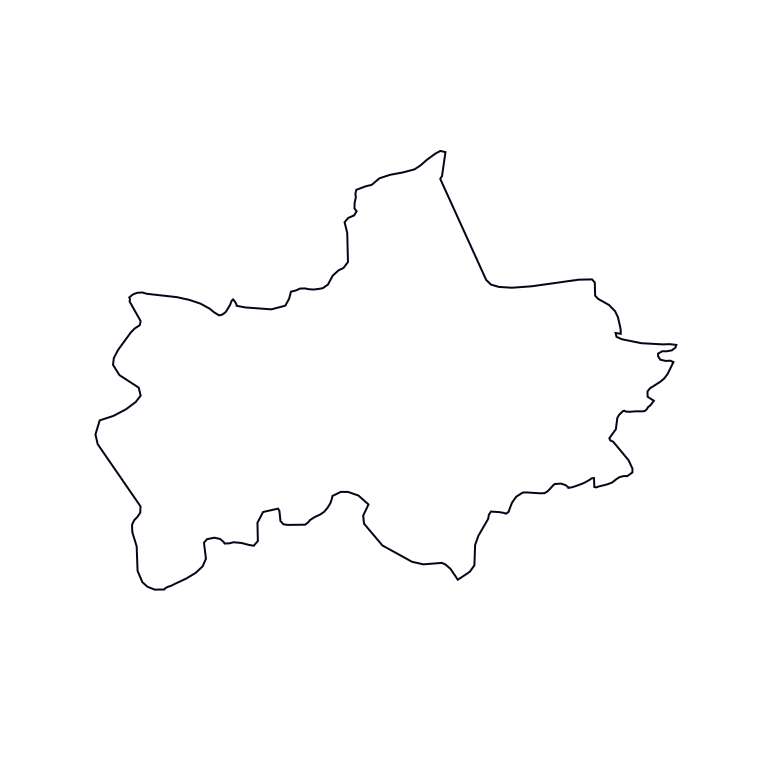 the border of Päijät-Häme, rotated 74°
{"feature_id": "FIN-3184", "entity_name": "Päijät-Häme", "entity_type": "Province", "adm_level": 1, "iso_a3": "FIN", "parent_name": "Finland", "parent_adm1": "", "projection": "albers", "projection_center": [25.782, 61.243], "detail": "fine", "context": "isolated", "style": "outline", "palette": "ink", "viewbox_px": 768, "rotation_deg": 74, "n_neighbors": 0, "source": "natural_earth", "source_scale": "10m", "svg_char_len": 3064}
<svg xmlns="http://www.w3.org/2000/svg" viewBox="0 0 768 768"><g transform="rotate(74 384 384)"><path d="M541.6,191.8L542.0,197.5L541.7,206.0L541.9,208.5L541.0,210.2L532.3,208.1L531.9,210.4L533.0,213.5L534.3,219.2L534.9,226.3L535.1,231.3L534.7,235.4L534.0,235.4L531.3,237.3L528.5,241.4L527.2,247.5L528.1,249.4L531.4,254.8L532.4,256.8L533.2,259.9L531.8,264.9L527.4,277.2L526.6,280.6L528.8,288.0L533.4,293.7L541.3,299.6L542.3,302.5L540.9,304.4L538.9,308.6L536.1,316.4L538.7,319.3L542.3,321.0L556.0,335.2L563.9,340.8L583.2,347.1L588.1,353.2L592.5,367.0L579.9,371.1L574.3,374.8L571.9,377.7L568.2,395.9L562.6,406.1L538.8,430.0L512.8,441.7L504.8,440.3L495.5,432.1L484.2,439.3L477.9,448.2L475.8,455.2L477.4,464.4L479.9,465.7L483.9,468.5L487.2,472.1L490.3,476.6L491.9,481.4L492.8,487.3L494.4,492.6L496.1,495.0L497.5,498.6L493.0,515.1L491.2,519.3L487.2,521.3L477.1,519.5L474.6,520.2L473.7,535.5L482.5,543.9L500.1,548.5L503.6,553.8L501.6,557.9L497.5,564.9L494.7,572.1L494.5,576.8L493.4,581.2L491.6,581.7L487.8,584.3L485.0,589.4L484.4,596.9L486.9,600.8L502.8,603.3L509.3,608.6L513.6,617.0L516.5,627.7L518.5,640.2L519.3,644.2L519.4,647.7L520.0,650.5L521.0,651.8L518.4,661.2L513.6,667.3L507.9,670.9L495.7,672.4L471.9,666.5L457.1,666.8L449.9,665.0L446.1,661.7L443.6,657.4L440.4,653.7L434.5,651.8L363.0,675.8L353.0,675.3L340.6,667.3L340.1,653.0L337.2,639.0L332.9,627.7L328.1,621.1L319.9,620.8L302.5,635.9L290.9,639.2L284.5,636.5L278.0,630.3L264.7,613.2L261.8,608.1L260.4,603.2L259.8,602.3L256.4,600.6L234.6,605.8L233.0,605.0L231.4,604.8L230.6,605.0L228.8,601.0L228.3,596.3L229.4,591.1L231.9,587.2L243.4,559.2L249.4,548.1L256.2,538.2L263.8,530.6L268.1,527.7L272.5,523.7L272.8,520.8L271.5,516.9L269.9,514.8L265.6,510.2L262.0,507.5L261.1,505.7L264.4,504.4L266.7,503.9L268.2,504.1L272.1,496.4L281.2,471.7L281.5,457.3L275.9,451.7L269.6,448.0L269.8,443.9L269.6,441.4L269.1,438.5L270.4,433.4L272.0,430.6L273.8,425.6L274.7,419.9L275.0,416.3L272.9,410.4L265.7,403.4L262.2,396.3L261.3,391.0L256.8,385.0L228.6,377.7L217.6,377.3L214.5,372.6L213.7,366.3L210.4,362.7L207.1,364.0L202.0,362.4L196.8,359.6L193.3,359.1L189.7,357.1L188.9,346.9L189.2,341.0L185.0,331.7L184.6,320.4L185.8,308.0L186.1,295.7L184.1,289.0L180.4,281.2L176.8,271.5L175.5,265.6L178.0,261.0L200.1,270.9L202.3,273.4L312.1,257.1L317.9,253.8L322.3,246.9L326.7,234.6L330.8,215.0L337.4,168.0L340.8,155.2L344.5,153.4L357.3,156.7L361.2,154.7L370.1,145.9L377.8,141.8L384.4,140.7L396.5,141.4L401.0,142.6L398.8,147.3L402.7,147.5L406.5,143.1L415.7,125.4L422.8,105.0L424.4,98.5L427.0,92.2L429.3,93.8L431.0,98.0L430.4,103.7L429.2,107.4L430.3,112.1L432.8,112.9L436.8,111.7L439.5,106.8L440.5,102.4L442.7,99.7L452.6,108.7L456.0,113.2L458.1,118.1L461.4,129.4L463.8,132.8L469.0,134.1L474.5,129.2L477.8,133.6L479.0,136.5L480.9,138.6L481.9,141.0L481.4,143.5L479.4,150.6L478.4,155.7L477.0,159.4L475.9,160.4L475.9,161.7L478.4,166.5L481.0,169.1L491.4,173.6L498.2,182.3L500.5,182.1L502.7,179.6L524.7,169.9L533.9,168.5L537.5,169.6L539.6,175.6L538.6,178.8L538.4,183.2L539.6,187.1L541.6,191.8Z" fill="none" stroke="#020617" stroke-width="2"/></g></svg>